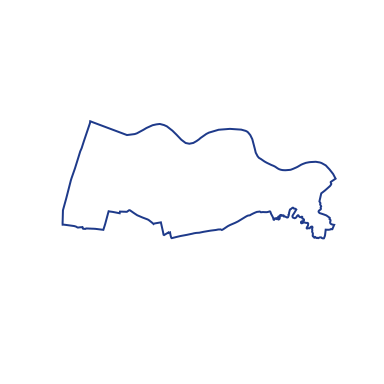 Ninh Kieu, Hau Giang, Vietnam, rotated 231°
{"feature_id": "81297802B54398389952996", "entity_name": "Ninh Kieu", "entity_type": "district", "adm_level": 2, "iso_a3": "VNM", "parent_name": "Vietnam", "parent_adm1": "Hau Giang", "projection": "robinson", "projection_center": [105.742, 10.032], "detail": "fine", "context": "isolated", "style": "outline", "palette": "blue", "viewbox_px": 384, "rotation_deg": 231, "n_neighbors": 0, "source": "geoboundaries", "source_scale": "gbopen_adm2", "svg_char_len": 5455}
<svg xmlns="http://www.w3.org/2000/svg" viewBox="0 0 384 384"><g transform="rotate(231 192 192)"><path d="M290.4,125.5L284.0,115.9L278.5,107.0L277.3,105.2L266.3,90.4L259.0,80.2L251.3,73.6L249.1,71.7L248.0,70.9L247.5,71.6L246.4,72.7L239.8,78.9L238.4,79.9L237.6,80.3L236.9,80.5L236.1,81.0L235.9,81.4L235.5,82.0L234.9,83.0L234.0,84.2L233.7,84.8L233.1,84.7L232.7,84.3L232.2,84.2L231.8,84.4L230.7,85.6L230.3,86.1L230.3,86.5L230.3,86.8L224.4,93.5L218.4,99.3L221.7,104.3L228.3,113.4L229.5,115.1L228.2,116.2L226.6,117.7L224.6,119.4L221.0,122.4L222.1,123.7L217.6,128.9L217.4,131.7L216.9,132.2L216.4,132.4L212.2,133.6L208.4,134.8L203.3,137.5L199.7,139.6L198.7,140.2L197.5,140.7L193.7,141.6L191.3,142.0L191.4,142.4L191.3,142.7L191.0,143.3L188.0,148.7L179.1,144.3L176.7,143.0L176.1,143.2L175.4,148.2L174.9,148.0L174.5,149.1L174.4,149.5L172.1,148.2L170.3,147.4L169.6,147.2L169.2,147.1L168.9,147.2L168.7,147.6L166.7,151.9L164.9,155.6L161.9,161.1L159.4,166.0L158.6,167.7L157.5,169.6L155.8,172.0L153.8,175.9L151.1,180.7L150.3,182.1L147.5,186.6L146.4,188.7L145.6,189.8L144.9,190.7L144.3,191.0L143.7,191.3L143.4,192.7L142.9,198.4L142.4,200.8L140.9,206.1L140.2,209.2L139.6,213.6L139.0,218.1L138.8,219.3L138.5,220.5L138.1,221.3L137.6,222.1L137.4,222.6L137.3,223.7L136.8,226.0L136.3,228.0L135.7,229.9L134.8,231.3L134.3,232.2L133.9,232.5L133.4,232.6L132.9,232.8L131.8,234.5L130.6,235.8L129.6,237.0L129.1,237.7L128.5,238.9L128.1,240.1L127.8,240.4L127.2,240.4L125.2,239.7L122.1,239.1L120.9,238.8L119.7,238.2L119.2,238.0L118.9,238.1L118.7,238.4L118.9,239.0L119.2,239.3L119.4,239.6L119.2,239.9L118.9,239.9L118.7,240.0L118.7,240.5L118.8,240.8L118.7,241.1L118.4,241.2L118.2,241.1L117.9,240.8L117.7,240.8L117.6,241.0L117.6,241.3L117.5,241.7L117.3,241.8L116.9,241.8L116.3,241.8L116.1,242.0L116.0,242.5L116.0,243.0L116.2,243.4L116.5,243.7L116.7,243.0L116.8,242.9L117.2,242.7L117.6,242.8L118.0,242.9L118.3,243.1L118.5,243.5L118.5,243.9L118.1,244.6L118.1,245.0L118.2,245.3L118.4,245.5L118.5,245.8L118.4,246.4L118.1,246.8L117.8,247.0L117.5,246.8L117.2,246.6L116.9,246.9L117.0,247.2L116.9,247.5L116.6,248.1L116.2,248.4L115.9,248.5L115.6,248.3L115.3,248.0L115.1,248.0L114.9,248.2L114.7,248.6L114.3,248.9L113.6,249.3L113.2,249.4L112.7,249.6L112.3,249.9L112.0,250.4L112.0,250.8L112.3,251.3L112.5,251.6L112.7,252.0L112.8,252.3L113.1,252.4L113.6,252.6L113.7,252.8L113.7,253.2L113.8,253.5L114.3,254.0L114.8,254.4L116.5,256.8L116.7,257.3L116.6,257.6L116.5,258.3L116.5,259.4L116.5,260.1L116.4,260.4L116.1,260.7L115.1,260.8L114.8,260.9L114.5,261.3L114.1,261.6L113.7,261.9L112.7,262.0L112.5,261.3L111.8,259.5L111.2,257.8L110.9,256.8L110.4,255.4L110.0,254.8L108.8,254.3L108.4,254.5L107.4,255.0L107.0,255.3L106.7,256.1L106.7,257.0L107.0,258.0L107.2,258.5L107.3,259.3L107.3,259.6L107.1,259.9L106.8,260.0L105.9,259.8L105.4,259.9L104.5,260.1L104.1,260.5L103.9,261.0L103.8,261.6L103.6,261.9L103.3,262.0L102.9,261.8L102.4,261.3L102.0,261.1L101.4,261.3L100.8,261.6L100.4,261.7L100.0,261.6L99.5,261.2L99.4,260.6L99.6,259.9L100.1,258.9L100.2,258.3L100.1,257.9L99.8,257.6L99.4,257.3L98.9,257.4L98.6,257.6L98.4,258.1L98.2,258.9L97.9,259.7L97.5,260.3L97.2,260.5L96.8,260.7L96.3,261.2L95.9,261.5L95.5,262.1L95.2,262.4L94.7,262.5L94.3,262.4L93.8,261.9L92.9,261.0L92.7,260.4L92.2,259.0L91.8,258.4L91.6,258.3L91.2,258.4L91.0,258.9L90.8,259.3L90.5,259.8L90.0,260.3L89.9,260.4L89.8,260.7L90.0,261.4L90.1,262.2L90.0,262.9L89.6,263.5L89.2,263.6L88.7,263.4L88.0,262.5L87.7,262.0L86.9,261.6L86.3,261.2L85.8,260.6L85.4,260.3L84.6,260.1L83.8,259.9L83.2,259.4L82.5,258.7L82.1,258.3L81.7,258.1L81.3,258.1L81.1,258.4L80.8,258.5L80.5,258.6L80.1,258.4L79.9,258.3L79.5,258.3L79.3,258.6L79.3,259.0L79.3,259.3L79.3,259.5L78.9,259.6L78.2,259.7L77.7,260.0L77.5,260.5L77.3,260.8L77.0,260.8L76.6,261.2L76.5,261.9L76.4,262.5L76.0,263.2L75.4,263.8L74.6,263.9L73.9,264.3L73.4,264.7L73.0,265.4L74.1,267.4L74.7,268.2L78.6,272.2L76.9,274.1L75.9,275.7L75.8,276.5L75.6,276.9L74.9,277.3L74.8,277.7L77.0,281.8L77.5,281.3L78.3,280.7L78.8,280.3L79.7,279.9L80.5,279.8L81.1,280.0L81.8,280.5L82.4,281.5L82.9,281.9L83.4,282.0L84.1,281.8L84.4,281.8L84.6,282.0L84.8,282.5L85.2,282.8L89.2,281.7L90.4,281.0L91.6,280.3L93.5,279.1L95.3,277.9L96.1,277.8L96.5,277.8L97.1,278.0L97.4,278.4L97.6,278.9L97.6,279.7L97.5,280.7L97.6,281.3L97.9,281.7L98.5,281.9L98.9,282.1L99.2,282.5L99.4,283.2L99.8,283.4L100.2,283.5L101.2,283.6L101.9,283.9L102.2,284.3L102.4,284.7L102.9,284.9L104.0,285.0L104.5,285.1L109.6,291.6L109.5,296.2L109.8,303.1L110.1,304.2L110.4,305.0L110.7,305.4L111.6,305.6L112.4,306.0L112.5,306.2L112.2,309.6L112.0,312.0L113.7,312.3L117.1,313.0L123.0,313.1L128.5,312.7L133.0,310.9L134.7,309.8L135.9,308.7L137.6,307.2L140.7,302.9L141.4,301.8L143.0,298.8L144.0,295.9L144.5,294.1L145.1,290.1L145.4,288.7L146.3,285.4L147.0,283.2L147.4,282.3L148.2,281.1L150.2,278.2L151.9,276.3L153.3,275.1L154.8,274.1L156.5,273.4L159.2,272.6L160.4,272.1L161.6,271.5L163.0,270.7L167.9,268.4L170.2,267.5L174.0,266.4L176.5,265.5L178.6,265.5L182.5,266.3L185.6,267.8L195.1,272.1L199.5,273.1L202.0,273.1L203.8,273.0L205.7,272.2L209.5,269.5L217.2,261.2L223.6,251.9L227.5,242.5L228.1,239.7L228.6,232.5L228.5,230.6L228.7,227.7L229.3,223.9L231.2,220.3L234.1,217.9L239.3,216.6L246.6,216.0L247.4,215.9L251.9,215.4L258.8,213.8L261.6,212.4L264.6,210.2L265.2,209.7L267.0,206.8L268.7,203.4L270.4,196.9L270.9,193.4L272.3,186.0L273.1,183.9L276.0,179.2L277.2,177.3L311.0,157.4L309.7,156.0L299.5,139.9L295.5,133.8L293.9,130.7L290.4,125.5Z" fill="none" stroke="#1e3a8a" stroke-width="2"/></g></svg>